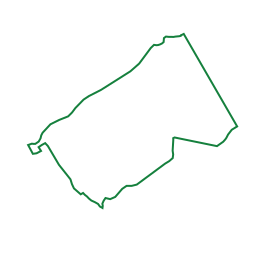 an SVG outline of Omusati, rotated 60°
{"feature_id": "NAM-3350", "entity_name": "Omusati", "entity_type": "Region", "adm_level": 1, "iso_a3": "NAM", "parent_name": "Namibia", "parent_adm1": "", "projection": "natural_earth1", "projection_center": [14.875, -18.403], "detail": "fine", "context": "isolated", "style": "outline", "palette": "green", "viewbox_px": 256, "rotation_deg": 60, "n_neighbors": 0, "source": "natural_earth", "source_scale": "10m", "svg_char_len": 1146}
<svg xmlns="http://www.w3.org/2000/svg" viewBox="0 0 256 256"><g transform="rotate(60 128 128)"><path d="M79.8,32.7L100.3,32.7L120.7,32.7L141.2,32.7L161.6,32.7L181.2,32.7L181.4,39.0L183.7,44.6L185.7,47.7L186.5,49.4L187.5,52.4L188.2,60.0L159.5,92.4L159.4,93.9L160.9,94.7L170.0,100.7L173.5,102.1L176.4,104.3L177.3,108.9L177.4,113.7L181.4,148.7L179.9,153.9L177.4,158.2L177.8,163.4L181.3,173.5L180.7,179.0L177.4,182.5L178.8,185.4L180.7,188.0L182.8,188.8L184.5,190.1L181.9,191.6L178.8,191.9L175.6,193.8L172.5,196.0L169.6,197.1L166.7,197.8L164.3,198.8L161.8,199.4L161.8,200.7L161.8,202.1L153.3,205.0L148.6,204.6L143.7,203.5L125.4,206.2L103.5,206.4L99.7,207.3L99.6,211.0L99.9,215.0L104.4,214.8L104.2,219.8L102.8,223.3L92.8,223.0L93.5,219.1L94.5,217.8L95.4,216.2L95.1,212.1L93.2,208.9L91.0,206.8L89.4,204.3L86.0,193.3L86.6,183.6L88.0,174.0L86.6,168.7L84.4,163.6L81.2,152.3L80.8,145.9L81.5,132.6L80.1,97.6L77.8,86.1L70.1,68.3L69.0,63.9L70.5,62.0L71.2,60.5L71.6,58.7L71.8,56.3L71.4,54.2L68.1,51.9L67.8,49.4L69.4,47.2L71.9,43.0L72.6,41.1L74.1,37.8L74.6,36.2L74.1,35.6L74.3,34.7L74.4,32.7L79.8,32.7Z" fill="none" stroke="#15803d" stroke-width="2"/></g></svg>